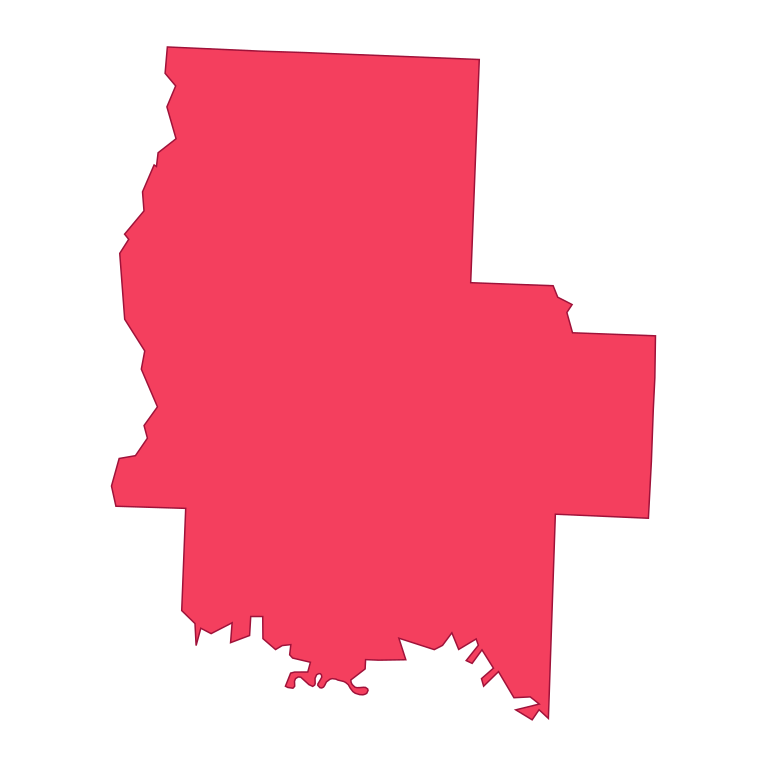 White, Arkansas, United States of America, rotated 91°
{"feature_id": "52423323B98282084999585", "entity_name": "White", "entity_type": "district", "adm_level": 2, "iso_a3": "USA", "parent_name": "United States of America", "parent_adm1": "Arkansas", "projection": "mercator", "projection_center": [-91.529, 35.277], "detail": "fine", "context": "isolated", "style": "filled", "palette": "rose", "viewbox_px": 768, "rotation_deg": 91, "n_neighbors": 0, "source": "geoboundaries", "source_scale": "gbopen_adm2", "svg_char_len": 1795}
<svg xmlns="http://www.w3.org/2000/svg" viewBox="0 0 768 768"><g transform="rotate(91 384 384)"><path d="M50.8,606.5L77.2,608.3L89.6,597.5L110.7,605.9L142.4,596.2L156.7,613.9L170.5,615.3L169.0,617.7L196.1,628.8L215.1,627.0L238.7,646.0L243.8,641.8L258.0,650.5L323.8,644.4L355.1,623.8L373.4,626.9L410.8,610.1L429.7,623.2L442.3,619.6L460.0,631.3L463.1,647.5L490.8,654.7L510.9,649.9L511.8,580.1L614.1,582.3L626.8,568.8L648.8,567.3L631.4,562.9L636.6,552.5L625.4,531.7L645.3,532.9L637.8,514.0L618.8,513.2L618.6,501.2L640.7,500.6L651.4,487.8L647.3,481.2L646.2,472.6L656.4,473.6L659.6,470.6L663.5,452.7L673.3,455.2L673.6,468.4L674.7,472.3L687.9,477.3L689.1,474.9L689.7,470.1L689.5,469.4L687.7,468.0L682.7,468.3L680.1,467.3L678.4,464.6L678.6,462.1L685.9,453.8L687.6,450.0L686.2,448.1L684.8,447.6L679.5,447.8L675.9,446.3L674.7,444.1L674.8,442.5L675.9,441.5L678.1,441.1L680.2,442.1L685.1,444.9L686.5,444.9L688.8,442.7L689.0,440.9L688.1,439.2L686.5,438.1L682.9,436.4L680.1,432.8L679.5,430.7L679.9,427.0L680.8,425.0L682.1,419.2L683.0,417.3L685.2,414.5L688.9,412.3L692.1,409.7L693.7,407.4L695.0,402.9L695.1,399.6L694.6,397.8L693.6,395.9L690.7,394.6L689.2,395.0L687.7,397.2L687.6,399.3L688.0,403.0L688.1,405.8L687.6,407.8L685.0,410.6L682.8,411.7L680.5,412.0L669.2,397.9L659.9,397.6L660.2,384.3L659.3,357.4L637.9,364.7L648.7,329.1L644.3,320.9L631.6,311.8L648.1,304.7L637.3,287.4L643.6,285.1L659.1,297.0L661.8,291.0L648.1,281.4L666.2,269.6L676.9,281.4L684.4,279.1L669.6,264.5L695.4,248.6L694.3,232.3L701.3,223.2L707.5,246.6L717.2,230.0L707.0,223.3L715.5,213.8L511.2,210.4L513.6,117.3L456.8,115.3L404.5,114.3L373.1,113.3L331.1,113.4L329.5,196.4L309.3,202.4L301.3,197.3L294.2,211.8L282.8,216.6L281.2,299.1L57.9,294.4L54.0,469.0L53.4,511.7L50.8,606.5Z" fill="#f43f5e" stroke="#9f1239" stroke-width="1.5"/></g></svg>